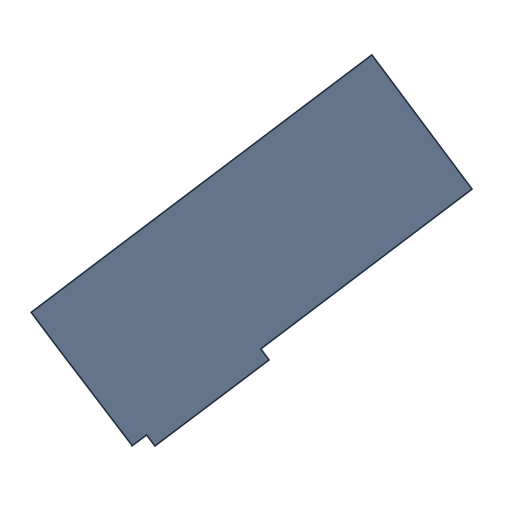 outline of Stark, North Dakota, United States of America, rotated 143°
{"feature_id": "52423323B36823497446374", "entity_name": "Stark", "entity_type": "district", "adm_level": 2, "iso_a3": "USA", "parent_name": "United States of America", "parent_adm1": "North Dakota", "projection": "natural_earth1", "projection_center": [-102.534, 46.82], "detail": "fine", "context": "isolated", "style": "filled", "palette": "slate", "viewbox_px": 512, "rotation_deg": 143, "n_neighbors": 0, "source": "geoboundaries", "source_scale": "gbopen_adm2", "svg_char_len": 337}
<svg xmlns="http://www.w3.org/2000/svg" viewBox="0 0 512 512"><g transform="rotate(143 256 256)"><path d="M117.6,179.3L43.2,179.4L42.4,346.9L156.7,346.8L394.0,346.5L469.5,346.3L469.6,304.9L469.0,179.3L469.2,179.0L451.1,178.9L451.1,165.1L308.1,165.1L308.1,178.9L117.6,179.3Z" fill="#64748b" stroke="#1e293b" stroke-width="1.5"/></g></svg>